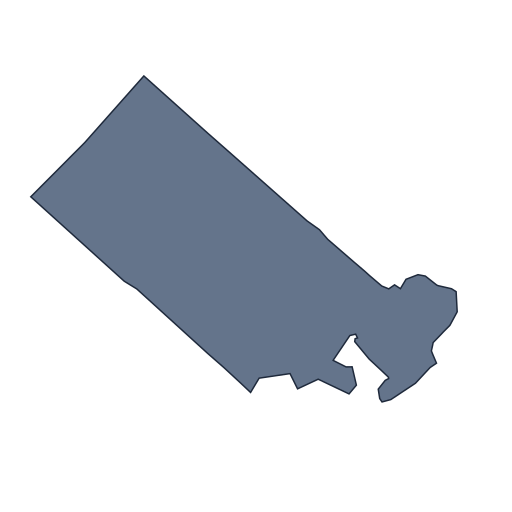 the district of Kent, Rhode Island, United States of America, rotated 43°
{"feature_id": "52423323B26023060829136", "entity_name": "Kent", "entity_type": "district", "adm_level": 2, "iso_a3": "USA", "parent_name": "United States of America", "parent_adm1": "Rhode Island", "projection": "orthographic", "projection_center": [-71.482, 41.683], "detail": "fine", "context": "isolated", "style": "filled", "palette": "slate", "viewbox_px": 512, "rotation_deg": 43, "n_neighbors": 0, "source": "geoboundaries", "source_scale": "gbopen_adm2", "svg_char_len": 1027}
<svg xmlns="http://www.w3.org/2000/svg" viewBox="0 0 512 512"><g transform="rotate(43 256 256)"><path d="M418.1,293.4L417.5,282.0L401.9,271.5L397.5,275.7L385.5,279.2L383.6,279.7L383.4,278.8L378.9,250.3L378.9,250.1L382.2,245.2L386.1,246.7L384.9,248.9L386.6,251.3L409.0,254.2L424.9,254.2L435.5,254.3L436.6,255.2L435.3,258.8L436.2,270.0L443.7,275.9L447.7,276.8L452.5,269.1L459.4,240.3L459.4,218.8L459.9,216.6L461.1,211.3L452.8,207.6L449.0,205.8L446.1,200.9L444.6,198.5L444.8,187.0L444.8,183.6L445.1,174.5L441.2,159.6L426.7,145.6L421.3,146.6L409.4,153.5L408.0,154.0L393.5,155.2L387.2,159.2L381.6,170.7L383.9,181.4L377.0,182.6L375.5,189.5L368.4,192.2L368.0,192.2L352.3,192.9L345.6,193.0L332.2,193.6L297.1,194.9L284.5,193.5L269.5,195.5L167.9,198.2L137.0,199.1L51.2,200.8L51.2,201.4L53.4,289.9L53.4,290.1L52.7,310.8L52.5,317.9L50.9,366.3L176.9,364.3L191.2,361.4L286.8,360.2L308.4,359.5L331.9,359.4L345.1,359.5L341.6,343.2L361.1,318.8L377.0,324.8L385.5,303.7L418.1,293.4Z" fill="#64748b" stroke="#1e293b" stroke-width="1.5"/></g></svg>